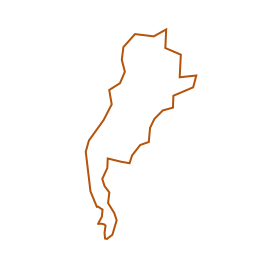 outline of Gourri, Nicosia, Cyprus, rotated 38°
{"feature_id": "46923920B8760055260995", "entity_name": "Gourri", "entity_type": "district", "adm_level": 2, "iso_a3": "CYP", "parent_name": "Cyprus", "parent_adm1": "Nicosia", "projection": "mercator", "projection_center": [33.166, 34.951], "detail": "fine", "context": "isolated", "style": "outline", "palette": "amber", "viewbox_px": 256, "rotation_deg": 38, "n_neighbors": 0, "source": "geoboundaries", "source_scale": "gbopen_adm2", "svg_char_len": 799}
<svg xmlns="http://www.w3.org/2000/svg" viewBox="0 0 256 256"><g transform="rotate(38 128 128)"><path d="M179.7,228.4L181.4,221.7L175.9,207.7L169.6,203.5L158.5,199.4L153.0,190.3L145.3,188.2L139.1,184.0L136.3,172.2L130.8,164.5L143.2,158.9L150.9,154.8L148.1,147.1L148.1,133.8L153.0,126.2L145.3,114.3L143.2,104.6L144.6,92.7L150.9,84.3L143.9,74.6L147.4,68.3L154.3,55.8L149.5,44.6L137.5,56.2L124.5,37.7L108.2,42.0L97.4,26.8L91.9,39.9L75.7,49.7L74.6,67.1L81.1,78.0L82.2,78.9L90.9,85.6L94.1,97.6L89.8,109.6L100.6,119.4L103.9,136.8L104.9,161.9L109.3,172.7L124.5,188.0L137.5,201.1L152.0,209.3L152.8,208.4L158.2,208.0L162.0,213.9L163.4,221.8L163.5,221.9L166.1,219.7L168.7,218.6L170.4,218.7L174.0,225.0L176.8,228.0L178.0,229.2L179.7,228.4L179.7,228.4Z" fill="none" stroke="#b45309" stroke-width="2"/></g></svg>